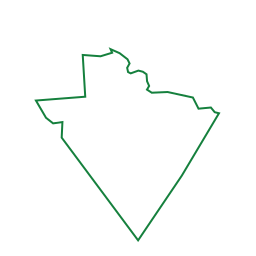 the district of Nueva Helvecia, Colonia, Uruguay, rotated 44°
{"feature_id": "84410073B82760199523865", "entity_name": "Nueva Helvecia", "entity_type": "district", "adm_level": 2, "iso_a3": "URY", "parent_name": "Uruguay", "parent_adm1": "Colonia", "projection": "robinson", "projection_center": [-57.23, -34.305], "detail": "fine", "context": "isolated", "style": "outline", "palette": "green", "viewbox_px": 256, "rotation_deg": 44, "n_neighbors": 0, "source": "geoboundaries", "source_scale": "gbopen_adm2", "svg_char_len": 520}
<svg xmlns="http://www.w3.org/2000/svg" viewBox="0 0 256 256"><g transform="rotate(44 128 128)"><path d="M213.3,201.8L199.8,124.9L183.2,54.2L179.4,56.4L173.4,55.7L165.3,65.1L153.5,61.0L131.5,74.6L120.6,86.1L115.0,87.2L114.0,83.1L109.2,81.1L104.0,76.5L99.6,77.2L95.6,79.5L92.0,86.8L89.2,87.7L85.6,85.3L84.3,80.5L79.9,78.9L70.0,80.0L60.7,83.4L64.3,84.9L58.4,95.5L44.7,106.9L75.5,135.2L54.4,159.0L42.7,172.2L61.9,177.6L70.9,176.7L76.7,169.3L87.0,181.0L213.3,201.8Z" fill="none" stroke="#15803d" stroke-width="2"/></g></svg>